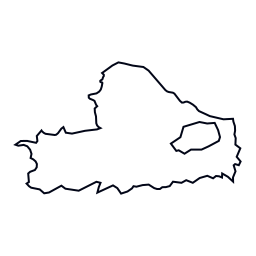 an SVG outline of Gyor-Moson-Sopron
{"feature_id": "HUN-3156", "entity_name": "Gyor-Moson-Sopron", "entity_type": "County", "adm_level": 1, "iso_a3": "HUN", "parent_name": "Hungary", "parent_adm1": "", "projection": "equal_earth", "projection_center": [17.255, 47.709], "detail": "fine", "context": "isolated", "style": "outline", "palette": "ink", "viewbox_px": 256, "rotation_deg": 0, "n_neighbors": 0, "source": "natural_earth", "source_scale": "10m", "svg_char_len": 1989}
<svg xmlns="http://www.w3.org/2000/svg" viewBox="0 0 256 256"><path d="M72.0,133.6L85.0,130.8L97.0,129.4L100.4,128.1L98.5,127.0L97.1,125.4L96.3,123.3L96.0,116.4L94.9,112.2L94.7,108.5L97.2,106.2L96.1,104.8L94.5,100.9L93.2,100.1L89.8,98.7L88.8,97.7L88.7,95.4L90.8,94.5L96.5,93.4L99.2,91.6L100.8,89.5L101.7,86.7L102.4,83.0L102.1,82.5L101.2,82.3L100.4,81.9L100.2,81.0L100.7,80.4L102.2,79.5L102.5,79.1L103.0,77.3L103.8,76.0L103.8,74.7L102.1,73.0L112.4,65.5L118.4,62.4L124.3,63.5L131.1,65.2L132.8,65.6L143.4,67.0L148.6,70.6L165.4,90.1L167.1,91.4L168.7,92.0L172.9,92.7L174.4,93.6L179.9,100.8L181.9,102.6L183.6,102.5L185.3,101.8L187.1,101.6L189.6,102.6L193.0,104.7L196.0,107.2L197.3,109.4L199.0,111.1L206.0,114.3L209.8,116.1L223.5,119.3L233.0,118.8L233.4,121.6L234.9,126.1L235.1,130.7L234.4,134.4L235.7,138.1L235.4,144.6L240.3,148.3L236.7,156.8L240.6,161.5L238.8,165.2L235.1,164.1L233.7,165.3L235.5,171.3L233.0,177.4L233.1,181.6L227.9,176.8L222.2,173.5L222.0,177.5L219.1,176.3L216.0,176.0L213.1,178.3L207.3,175.8L199.7,178.0L192.8,182.8L186.2,180.2L181.5,182.8L173.0,181.7L169.7,186.1L165.9,187.1L162.3,187.2L159.9,189.0L157.0,189.0L154.2,188.1L148.7,184.6L142.6,185.1L136.4,186.7L133.5,186.2L132.0,188.4L127.5,191.5L121.1,193.6L117.3,188.1L113.0,185.4L97.4,192.6L98.8,187.1L100.5,182.8L96.4,181.8L78.7,190.7L65.4,188.7L61.4,185.7L49.0,192.5L44.2,193.3L39.7,189.4L31.2,187.7L29.0,186.2L27.0,184.0L26.6,183.6L28.9,182.0L28.2,173.5L30.1,171.8L34.9,170.0L36.7,167.3L36.9,164.0L35.6,161.4L33.3,159.4L30.6,158.0L31.5,153.9L30.1,149.7L27.3,146.3L23.7,144.9L18.3,145.7L15.4,144.7L20.8,141.0L27.0,140.9L36.1,142.8L37.4,141.0L36.8,136.0L41.5,130.5L41.9,131.2L43.7,132.8L45.5,133.8L54.8,135.0L56.2,134.7L58.0,133.2L61.3,128.7L63.4,127.1L65.8,132.7L72.0,133.6ZM207.2,123.5L199.5,122.0L183.5,126.8L180.4,137.2L170.9,143.6L176.3,150.9L178.7,150.3L184.5,153.7L191.0,149.6L201.5,149.6L208.5,146.4L218.8,140.9L220.0,137.1L218.1,130.1L214.7,122.9L207.2,123.5Z" fill="none" stroke="#020617" stroke-width="2"/></svg>